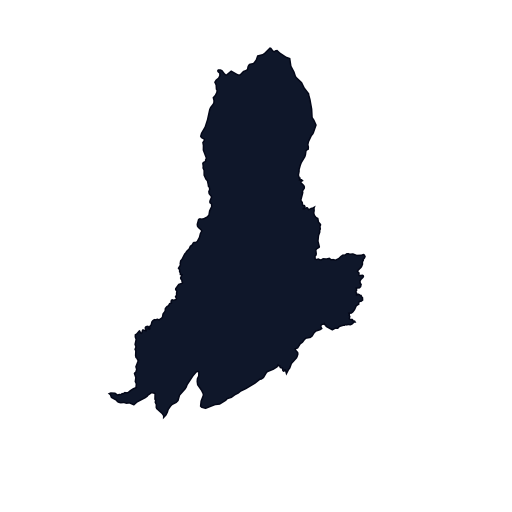 outline of Sasaima, Cundinamarca, Colombia, rotated 207°
{"feature_id": "7082276B5066904917882", "entity_name": "Sasaima", "entity_type": "district", "adm_level": 2, "iso_a3": "COL", "parent_name": "Colombia", "parent_adm1": "Cundinamarca", "projection": "equal_earth", "projection_center": [-74.404, 4.947], "detail": "fine", "context": "isolated", "style": "filled", "palette": "ink", "viewbox_px": 512, "rotation_deg": 207, "n_neighbors": 0, "source": "geoboundaries", "source_scale": "gbopen_adm2", "svg_char_len": 6099}
<svg xmlns="http://www.w3.org/2000/svg" viewBox="0 0 512 512"><g transform="rotate(207 256 256)"><path d="M297.3,68.0L295.8,71.9L290.4,79.5L289.3,81.7L289.1,83.0L287.0,86.9L284.2,87.6L283.4,87.5L281.0,82.5L280.0,82.1L279.3,79.9L277.3,78.4L276.2,75.9L275.2,75.0L268.1,73.1L265.7,71.8L265.0,70.3L264.1,73.4L264.1,76.5L264.6,79.4L264.0,83.7L263.4,85.6L260.7,89.3L259.9,91.8L261.0,97.3L258.9,105.3L258.7,107.5L259.0,110.1L257.8,120.8L256.6,125.7L255.2,126.9L254.6,127.1L254.2,126.6L252.5,123.0L252.5,120.3L252.2,119.4L251.4,117.5L249.5,114.8L243.5,111.6L240.3,109.2L239.6,107.7L239.0,101.8L237.2,97.1L235.8,96.6L231.8,97.4L225.1,105.0L221.2,107.6L217.5,113.7L216.9,115.9L213.8,118.9L211.8,122.9L209.6,125.9L208.5,128.5L204.9,133.2L199.2,142.3L196.7,147.8L195.4,148.8L194.2,151.1L193.9,156.3L193.5,158.0L189.2,163.0L187.0,166.7L186.9,168.9L186.1,168.5L185.0,168.9L183.7,167.7L181.5,168.1L180.1,166.2L179.2,165.9L178.7,166.3L178.5,167.7L178.0,167.8L175.5,165.1L175.5,169.5L175.1,171.5L175.7,176.3L173.7,183.7L173.8,185.4L174.2,187.6L175.1,188.9L177.9,190.0L179.0,191.1L177.2,193.0L176.8,197.7L175.5,200.3L175.0,203.3L174.3,205.4L170.7,208.1L169.7,210.2L169.5,213.5L168.7,216.2L165.5,219.4L164.5,221.2L165.9,222.2L166.6,223.2L166.5,224.2L166.1,225.1L165.1,225.7L164.5,226.9L163.5,226.0L162.3,226.0L161.8,225.3L160.9,225.1L154.5,224.9L152.6,227.7L150.4,228.7L149.7,231.1L146.7,234.0L145.8,234.4L144.9,235.7L143.9,235.8L142.9,236.8L140.7,237.6L139.6,239.0L138.6,241.8L137.8,242.2L138.6,242.7L140.7,242.1L140.9,242.9L141.4,243.1L143.3,242.2L144.0,242.2L144.5,242.7L145.0,244.7L146.1,245.5L146.5,246.7L147.2,247.2L145.2,248.4L144.4,250.1L143.9,252.9L144.1,257.2L142.6,259.8L143.2,260.6L143.3,262.1L143.0,262.7L141.9,263.3L141.0,265.1L142.2,267.2L143.3,267.5L144.5,268.5L145.4,268.0L146.0,268.4L147.4,268.4L148.4,267.0L148.8,266.9L149.3,268.5L150.9,269.1L150.8,271.2L152.1,272.9L149.4,274.6L148.9,276.2L149.5,278.5L150.7,278.9L152.0,280.9L151.9,282.8L151.0,285.5L151.0,286.5L151.5,287.1L152.3,287.2L155.1,285.4L155.9,286.0L156.5,287.6L158.4,288.2L158.6,288.7L158.6,289.7L157.3,293.5L157.2,294.6L157.4,297.0L158.6,299.2L158.4,300.7L159.0,301.5L158.5,303.4L158.6,305.0L159.9,306.0L160.9,306.1L162.3,304.6L166.5,302.2L170.6,301.8L173.2,300.1L174.7,300.0L176.1,299.2L177.1,297.2L179.0,296.2L180.1,294.1L181.0,291.4L183.3,288.3L185.4,287.9L187.5,286.7L189.6,287.2L191.8,285.3L194.9,284.0L196.1,282.1L197.3,281.6L199.1,281.6L200.4,280.3L201.9,280.1L203.4,282.6L203.0,283.9L203.3,285.2L205.5,288.5L205.2,290.0L203.7,292.4L203.8,293.0L207.6,297.4L209.6,302.6L210.1,306.4L210.8,307.3L211.0,309.3L212.4,311.2L212.6,312.9L212.9,313.4L215.8,314.6L218.0,317.5L220.0,317.5L222.5,318.7L224.1,320.5L224.8,322.8L226.1,325.0L226.2,325.9L227.3,324.2L228.4,323.5L229.1,322.2L230.3,321.2L232.0,322.2L232.6,322.1L234.6,319.8L235.2,319.6L234.7,321.1L234.9,322.3L235.8,322.9L237.4,322.3L239.2,324.8L240.5,325.3L241.5,326.3L242.9,332.8L243.2,333.7L243.6,333.5L244.1,335.4L243.8,338.3L244.3,339.5L245.4,340.4L249.4,341.7L249.8,342.9L248.8,344.2L250.1,344.6L251.7,343.5L252.1,345.2L252.6,344.9L255.0,347.3L256.0,350.8L256.9,352.6L257.8,357.0L258.1,359.8L257.6,366.7L258.0,368.8L259.2,372.2L259.1,373.3L258.0,374.9L258.8,376.8L260.4,378.7L261.2,381.7L261.4,388.4L260.9,390.5L260.9,391.9L262.0,399.9L266.2,403.3L268.9,404.8L273.1,412.1L279.0,419.9L282.1,423.3L282.8,424.4L289.5,427.6L294.1,431.1L301.5,433.3L302.8,434.2L305.7,437.1L311.1,440.9L315.6,447.2L319.6,446.7L327.2,447.6L330.5,448.6L331.7,447.7L332.5,446.3L334.0,446.2L337.0,447.7L337.9,447.6L340.2,440.5L341.3,438.5L345.3,435.0L344.7,430.7L345.3,427.4L345.6,426.3L348.6,423.9L349.0,422.7L349.0,421.2L348.2,418.3L349.0,416.8L350.9,414.7L352.3,410.1L353.9,409.2L355.5,409.1L362.0,409.4L364.5,403.6L365.3,403.5L367.1,404.0L370.4,405.6L372.0,405.6L373.8,404.8L374.2,404.1L373.6,403.1L371.2,402.5L370.0,400.2L370.0,397.5L371.3,394.6L371.5,392.2L369.1,390.3L367.0,386.7L366.1,386.4L365.1,384.1L365.1,380.6L365.9,377.7L364.0,375.5L363.1,373.6L363.0,371.9L363.8,367.8L363.7,365.6L361.0,355.3L359.8,347.8L360.2,340.6L359.6,337.6L358.3,336.8L355.2,336.7L354.8,336.3L354.5,335.2L354.8,333.0L353.0,330.6L351.0,326.5L344.8,320.9L344.5,320.1L344.5,318.7L343.8,317.4L345.3,315.4L345.4,314.4L343.8,312.1L343.1,310.4L341.1,308.8L338.9,304.5L335.5,301.8L333.4,301.0L330.6,297.5L330.2,296.7L329.0,296.2L327.9,295.0L327.5,294.4L327.2,291.9L326.0,290.3L322.7,288.8L322.3,288.2L322.0,284.3L321.6,283.1L320.7,282.4L319.6,282.7L317.9,280.0L317.8,275.2L316.5,271.2L317.1,268.7L319.4,265.5L321.2,264.1L322.9,263.6L323.7,262.5L322.7,257.6L321.7,256.1L320.2,255.3L316.7,254.4L315.6,253.6L315.7,250.8L314.8,246.9L314.9,242.2L315.7,240.8L317.4,239.9L317.8,239.1L317.8,237.1L318.9,234.8L318.7,232.1L319.9,228.5L319.9,227.0L320.4,225.5L320.4,219.4L320.9,217.5L320.1,214.9L319.2,213.6L319.5,209.9L317.8,209.1L316.9,207.3L315.8,206.7L315.0,205.2L313.4,205.6L313.2,202.2L312.4,201.4L311.3,201.1L310.4,199.8L309.3,198.9L309.3,198.3L311.9,195.6L312.7,190.5L312.3,189.6L310.3,188.6L310.0,187.0L309.0,185.2L309.2,183.2L307.5,182.1L307.3,181.3L309.1,179.2L310.8,178.9L311.2,178.2L311.1,177.2L310.1,175.8L311.3,174.3L311.4,172.0L312.4,170.4L312.9,168.1L311.9,165.5L312.5,162.2L311.6,159.2L311.8,157.9L313.4,155.0L315.1,154.9L316.5,153.5L317.7,153.1L318.6,151.3L318.8,149.9L318.1,147.1L318.8,144.4L317.7,143.3L317.6,142.4L318.9,142.0L319.5,143.5L320.1,144.2L320.9,144.0L321.9,143.0L322.1,142.3L322.0,141.6L320.1,139.9L320.0,139.4L323.2,138.8L323.3,138.0L322.8,136.1L323.2,135.0L324.0,135.0L325.4,136.2L325.9,136.3L326.9,132.2L327.7,131.0L326.8,129.1L324.9,127.3L323.6,122.4L321.6,120.5L321.4,118.0L320.0,116.9L318.1,112.7L316.8,111.1L315.5,110.8L314.3,109.7L313.4,109.9L312.7,102.8L310.8,100.8L310.7,100.1L310.3,97.7L310.9,96.8L310.9,96.1L307.9,93.2L306.5,89.3L305.2,88.4L304.3,87.2L303.5,85.0L302.9,84.5L305.0,82.1L306.9,78.8L307.9,76.3L309.0,75.4L310.9,74.7L311.7,73.0L312.8,72.6L313.3,71.2L315.0,70.5L316.2,69.2L319.3,69.7L323.2,68.0L324.3,66.7L322.8,66.4L320.6,64.4L315.0,64.2L313.3,63.4L311.8,63.4L310.0,63.8L307.1,65.6L304.7,66.0L302.0,67.7L297.3,68.0Z" fill="#0f172a" stroke="#020617" stroke-width="1.5"/></g></svg>